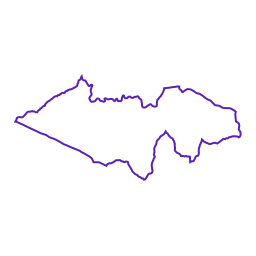 the district of Itaúba, Mato Grosso, Brazil
{"feature_id": "56859067B4812959206421", "entity_name": "Itaúba", "entity_type": "district", "adm_level": 2, "iso_a3": "BRA", "parent_name": "Brazil", "parent_adm1": "Mato Grosso", "projection": "natural_earth1", "projection_center": [-55.553, -11.126], "detail": "fine", "context": "isolated", "style": "outline", "palette": "violet", "viewbox_px": 256, "rotation_deg": 0, "n_neighbors": 0, "source": "geoboundaries", "source_scale": "gbopen_adm2", "svg_char_len": 5807}
<svg xmlns="http://www.w3.org/2000/svg" viewBox="0 0 256 256"><path d="M238.8,137.4L239.2,137.1L239.8,136.7L240.4,135.7L240.6,134.7L240.5,132.8L240.4,132.0L240.1,131.3L239.0,129.9L238.8,129.1L238.8,128.3L239.2,126.7L239.3,125.9L239.2,124.9L238.7,123.4L238.2,122.8L236.2,121.6L235.9,121.1L235.8,119.6L235.6,117.8L235.3,114.6L235.4,113.5L235.8,111.9L235.5,111.4L233.4,110.0L232.1,109.2L230.9,108.6L230.0,108.3L227.8,108.1L224.5,108.1L223.3,107.9L222.7,107.7L221.6,107.2L219.7,106.0L219.1,105.7L215.6,105.3L214.7,105.0L213.9,104.0L213.4,103.4L212.2,102.4L211.0,101.0L210.1,100.4L207.5,99.4L205.0,97.7L203.0,96.0L200.0,94.0L197.9,93.4L197.2,93.3L196.5,93.1L195.6,92.5L193.9,91.2L191.2,89.7L189.3,89.1L187.7,89.1L186.8,89.3L184.5,90.7L183.0,91.9L182.4,92.1L181.9,91.7L181.4,90.6L181.0,90.2L180.1,89.5L179.5,88.8L179.2,87.9L179.1,87.2L179.2,86.6L177.9,86.4L176.3,86.7L170.9,87.4L170.1,87.6L166.1,88.0L164.1,88.3L164.2,89.5L163.6,90.5L163.2,91.8L162.8,92.7L161.3,95.2L160.6,96.4L159.6,97.2L158.8,98.4L158.4,98.9L157.8,99.3L157.4,99.7L157.3,100.3L156.8,103.1L156.9,104.4L156.7,105.9L155.7,106.5L155.0,106.7L154.5,106.6L153.0,106.2L152.3,105.8L150.9,104.3L150.4,104.2L149.7,104.4L148.6,105.2L147.8,105.5L146.5,106.7L145.5,107.3L144.6,107.5L143.7,107.5L143.0,107.3L142.5,106.9L142.2,106.3L142.1,105.6L142.0,104.8L142.1,103.9L141.5,102.0L141.5,101.1L141.5,100.3L141.1,99.8L140.7,99.3L139.4,98.4L138.4,96.6L137.9,96.3L136.8,96.5L136.1,96.8L135.3,96.9L134.6,96.9L133.9,97.3L133.4,97.7L132.9,97.8L132.1,97.9L131.3,97.6L130.4,96.8L129.8,96.6L128.6,96.7L127.8,97.3L127.5,97.9L127.1,98.2L125.6,98.3L124.7,97.8L124.3,97.1L124.2,96.3L124.0,95.7L123.3,95.4L122.8,95.8L122.6,96.5L121.9,97.8L121.8,99.5L121.6,100.3L120.9,101.1L118.3,101.1L117.8,100.9L117.6,100.2L117.4,99.4L116.7,98.8L116.3,98.9L114.9,100.9L114.2,101.0L113.1,99.7L112.6,99.2L112.1,99.1L110.8,98.9L108.1,99.4L107.6,99.3L106.2,98.5L105.0,98.4L104.5,98.7L104.6,99.4L105.0,100.5L104.8,101.2L104.2,101.6L103.4,101.7L102.2,101.2L100.9,101.0L100.2,100.7L99.7,100.0L99.3,99.2L98.7,98.7L98.1,98.5L97.6,98.5L97.0,98.7L96.6,99.1L95.3,100.9L94.8,101.2L92.8,101.7L91.4,101.7L90.8,101.2L90.3,100.5L89.4,98.7L89.4,98.1L89.8,97.0L91.3,95.2L91.6,94.6L91.6,94.0L90.8,91.7L90.7,90.5L90.8,89.7L91.4,87.8L91.8,86.8L92.4,85.6L92.2,85.0L91.5,84.7L90.8,85.0L89.7,85.9L89.1,86.0L88.6,85.7L87.7,84.5L85.9,81.3L85.4,80.7L84.9,80.5L83.7,80.3L83.1,80.0L82.7,79.5L82.3,78.8L81.7,76.3L81.3,76.8L81.2,77.3L80.8,78.1L80.6,78.9L80.3,79.4L79.5,80.1L78.7,80.4L78.4,81.3L78.4,81.9L78.2,82.8L77.4,84.1L77.4,85.1L77.1,85.9L76.8,86.3L76.0,86.6L74.4,87.7L73.4,88.0L72.7,88.6L70.5,89.5L69.9,89.6L69.3,89.5L68.6,89.9L68.0,90.1L67.8,90.5L67.3,90.9L66.6,90.9L65.5,91.6L65.1,91.9L64.9,92.6L63.9,93.0L62.9,92.8L62.2,92.8L60.6,94.1L60.0,94.3L59.6,95.0L58.9,95.2L58.0,95.2L57.4,95.5L57.2,96.1L56.6,96.0L54.5,96.7L50.1,100.3L49.6,100.6L48.9,101.1L48.3,101.4L47.7,101.6L47.3,102.2L46.5,102.7L46.0,103.5L45.4,104.1L45.0,104.7L45.0,105.6L44.3,106.0L43.8,105.9L43.2,106.2L41.4,108.1L40.3,108.6L40.0,109.4L39.6,109.6L38.6,110.3L37.9,111.0L37.3,112.2L36.7,112.2L36.1,112.3L35.6,112.2L34.5,111.5L32.8,111.4L32.1,111.0L30.8,111.6L28.6,111.7L27.9,111.8L27.3,112.2L26.4,113.1L26.1,113.7L24.9,114.9L23.7,116.3L23.3,116.7L22.6,117.1L21.6,117.4L20.4,117.2L19.4,117.1L17.8,117.4L17.3,117.7L16.9,118.0L16.6,118.6L16.6,119.3L16.3,120.0L15.6,121.0L15.4,121.7L16.1,121.6L22.3,124.4L30.1,128.2L38.9,132.3L40.7,133.3L42.0,133.6L46.4,135.1L49.3,137.2L53.1,138.5L56.3,139.9L58.7,141.3L59.3,141.5L59.8,141.8L62.5,143.4L63.2,144.0L64.2,144.4L66.1,145.1L69.5,146.6L75.5,149.1L78.4,150.2L79.5,150.7L80.4,151.3L80.9,151.7L82.6,152.8L83.3,153.0L85.6,154.2L86.4,154.8L90.2,157.0L91.5,158.1L91.9,158.6L92.8,160.4L93.5,162.2L99.1,162.3L106.4,165.8L106.6,165.3L107.2,164.5L107.8,164.0L109.6,163.2L110.9,163.3L111.4,163.2L113.7,162.0L115.8,160.4L116.3,160.2L117.1,160.2L118.2,160.3L119.5,160.1L120.1,160.2L121.5,161.2L122.0,161.3L122.8,161.3L123.7,162.0L124.6,162.2L125.7,161.5L126.4,161.5L128.0,162.1L128.2,162.7L128.2,163.9L128.6,164.7L131.8,169.9L132.3,171.2L132.8,171.9L133.8,172.7L134.6,173.6L135.2,174.1L137.2,175.0L138.4,176.3L139.0,176.8L140.3,177.2L141.5,178.2L142.0,178.4L143.0,178.5L143.4,178.9L143.8,179.6L144.3,179.7L145.3,179.2L147.2,176.2L148.0,174.7L148.4,174.2L149.6,173.6L150.2,173.6L151.0,173.4L151.7,173.0L152.1,172.5L152.6,170.6L152.3,170.0L152.0,167.2L151.7,165.7L151.9,163.4L152.5,161.8L153.1,160.7L153.8,158.6L154.5,157.5L154.8,156.8L154.7,156.2L154.3,155.7L154.0,155.0L153.9,154.2L154.5,152.3L154.3,149.5L154.2,148.8L154.5,147.7L155.2,146.1L156.1,144.4L156.3,143.9L156.8,141.2L157.1,140.6L157.5,140.1L158.8,138.9L159.6,138.0L160.0,137.2L160.6,136.4L161.2,136.0L162.1,135.5L163.9,134.2L164.4,133.6L165.7,131.5L166.2,132.6L167.6,133.6L167.9,133.9L168.9,135.7L169.5,136.1L170.1,137.0L170.6,137.5L172.6,138.5L172.9,139.1L173.1,139.8L173.8,140.8L174.0,141.4L174.1,142.1L174.9,143.9L174.7,144.9L174.7,146.1L174.9,146.9L175.0,147.6L175.0,148.6L174.9,149.1L174.8,150.2L174.9,150.7L175.8,151.5L176.5,152.4L177.9,153.2L178.8,153.6L179.4,153.9L180.4,154.8L180.8,155.4L180.9,156.0L181.6,156.2L182.8,156.0L183.4,156.1L184.0,156.3L184.6,156.4L186.0,156.0L187.0,156.5L189.1,156.5L189.9,156.7L190.0,158.3L190.2,162.1L191.2,161.6L191.9,161.3L193.3,161.2L193.8,160.8L194.2,160.0L195.1,158.1L195.3,157.4L196.0,156.4L197.1,155.9L198.2,155.6L198.7,153.9L198.9,153.3L198.9,152.6L198.7,151.7L198.9,148.1L199.4,147.2L199.9,145.1L201.7,141.1L201.9,139.5L202.7,140.1L203.4,141.0L204.0,141.6L206.7,143.0L207.3,143.1L208.6,143.7L209.3,144.0L210.5,144.0L213.6,142.9L214.3,142.8L215.1,142.8L217.3,143.5L220.7,141.0L223.5,138.8L224.5,139.0L225.2,139.0L226.4,138.3L227.4,138.4L228.0,138.2L229.2,137.2L230.1,137.1L232.4,136.4L234.8,136.2L235.8,136.4L237.1,136.5L237.6,136.6L238.2,136.9L238.8,137.4Z" fill="none" stroke="#5b21b6" stroke-width="2"/></svg>